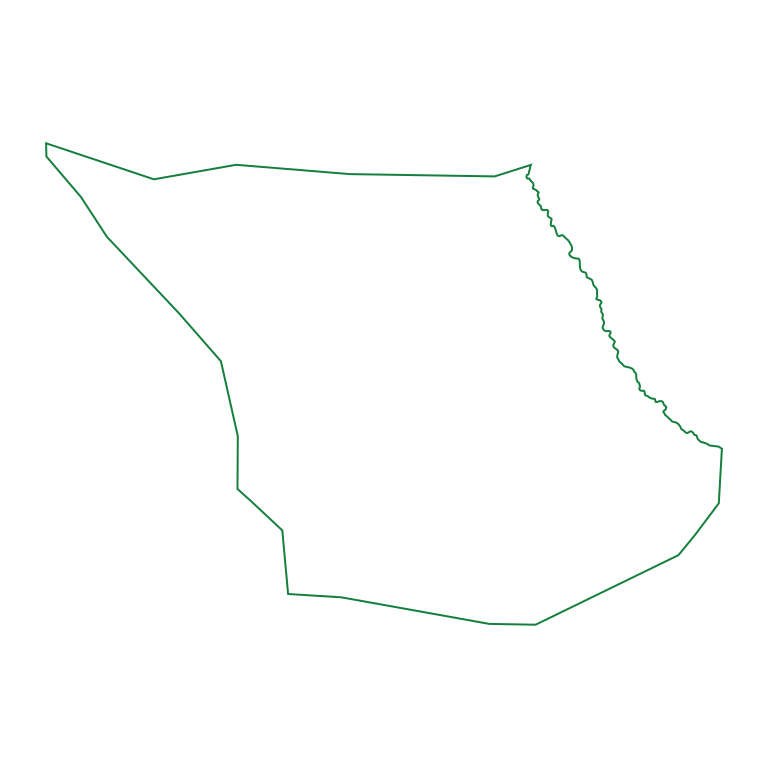 Bayanjargalan, Töv, Mongolia
{"feature_id": "93677404B91267927861385", "entity_name": "Bayanjargalan", "entity_type": "district", "adm_level": 2, "iso_a3": "MNG", "parent_name": "Mongolia", "parent_adm1": "Töv", "projection": "equal_earth", "projection_center": [108.634, 47.077], "detail": "fine", "context": "isolated", "style": "outline", "palette": "green", "viewbox_px": 768, "rotation_deg": 0, "n_neighbors": 0, "source": "geoboundaries", "source_scale": "gbopen_adm2", "svg_char_len": 4130}
<svg xmlns="http://www.w3.org/2000/svg" viewBox="0 0 768 768"><path d="M46.1,143.3L46.4,156.5L81.3,197.4L81.3,197.5L106.9,236.8L179.3,313.6L220.9,361.2L237.8,436.2L237.5,489.0L252.6,502.6L282.3,530.4L288.1,594.0L341.1,597.3L489.3,623.9L535.6,624.7L678.5,555.1L695.2,534.7L718.8,503.3L721.9,448.7L718.5,446.6L716.7,446.3L714.4,446.1L711.6,445.7L709.6,445.5L709.0,445.3L708.3,444.7L707.4,443.9L705.2,443.2L703.4,442.5L701.9,442.2L701.2,442.1L700.7,441.9L699.1,440.3L698.0,439.3L697.5,438.5L697.3,437.7L696.9,436.3L696.6,435.7L696.1,435.3L695.3,435.1L694.5,434.9L693.9,434.3L693.4,433.1L691.6,431.5L691.0,431.3L690.5,431.3L689.9,431.6L688.9,432.1L687.7,432.9L686.8,433.0L685.8,432.6L684.4,431.3L683.3,430.2L682.4,429.7L681.4,429.0L680.7,427.7L680.0,426.2L678.8,424.6L677.5,423.3L676.0,422.5L673.5,421.9L672.0,421.4L671.3,420.7L670.5,419.7L669.7,418.9L668.7,418.3L667.6,417.0L666.1,415.7L665.2,415.0L664.7,413.8L663.8,412.7L663.4,411.7L663.4,411.4L663.5,411.1L663.8,410.9L664.9,410.2L665.7,409.3L666.0,408.2L666.3,407.4L665.8,406.4L665.1,405.7L664.2,405.1L663.8,404.4L662.8,401.9L661.6,401.2L659.7,401.1L658.0,401.7L657.1,402.0L656.0,402.0L655.5,401.4L655.0,399.5L654.9,399.1L653.8,398.7L652.8,398.8L650.2,397.9L649.0,397.2L647.7,396.1L646.8,395.7L645.5,395.4L645.1,394.9L644.9,394.6L644.6,391.8L644.2,391.2L643.9,390.8L643.4,390.8L641.6,390.8L640.2,390.3L639.5,389.5L639.3,388.7L639.6,387.7L640.0,386.8L640.0,386.0L639.7,385.3L639.4,384.5L639.2,383.2L638.6,382.5L637.6,381.9L637.1,381.1L636.9,380.4L636.6,379.1L636.2,378.2L636.4,376.3L636.2,374.8L635.8,373.4L635.1,372.5L633.9,371.2L633.6,370.0L632.3,368.7L630.1,367.7L627.4,367.0L625.2,366.6L623.9,366.0L621.8,363.5L619.9,362.0L619.2,361.2L618.1,358.9L617.3,357.7L617.2,356.0L617.5,354.6L618.0,353.0L618.2,351.3L617.8,350.3L616.9,349.5L615.5,348.7L614.2,347.6L613.6,346.8L613.3,346.0L613.4,344.8L614.0,343.3L614.7,342.2L614.8,341.5L614.5,341.0L613.5,340.0L611.6,338.3L610.1,337.1L609.5,336.3L609.3,335.7L609.7,334.7L610.5,333.2L610.6,332.2L610.1,331.5L609.2,331.0L608.1,331.0L606.6,331.2L605.5,331.0L604.1,330.2L603.1,328.9L602.6,327.7L602.8,326.4L603.4,325.2L603.8,324.3L604.0,323.0L604.0,321.8L603.6,320.8L602.8,319.3L602.3,318.4L602.4,317.6L602.7,316.2L602.9,314.6L602.5,313.5L601.8,312.8L601.2,311.8L601.2,311.0L601.5,309.9L601.4,309.1L600.6,307.7L600.0,306.4L599.8,305.6L600.3,304.4L601.5,302.7L601.1,301.4L600.2,300.5L598.3,299.8L597.1,299.5L596.5,299.2L596.3,298.8L596.8,297.6L597.2,296.3L597.2,295.0L596.9,293.7L597.1,292.2L597.1,290.1L596.6,288.8L595.6,287.5L594.2,286.1L593.5,285.0L593.0,283.4L592.6,281.7L592.1,280.3L591.0,279.3L588.9,278.3L587.4,277.5L586.7,277.1L586.5,276.3L586.5,274.7L586.2,273.3L585.3,272.6L583.8,272.1L582.8,271.9L581.9,271.4L581.0,270.3L580.4,269.2L579.9,266.9L579.9,264.7L579.8,262.1L579.4,259.9L579.1,259.1L578.4,258.7L577.4,258.5L575.9,258.4L574.0,258.0L571.9,257.2L569.9,255.5L569.4,254.7L569.3,253.3L569.8,252.3L571.4,251.0L572.0,250.1L572.1,248.8L571.9,247.1L571.3,245.3L569.3,241.9L567.5,239.6L565.7,238.2L564.1,236.5L563.4,235.8L562.8,235.3L562.2,235.1L561.0,235.4L560.0,235.9L559.1,236.2L558.2,235.9L557.4,235.2L556.4,232.7L555.5,229.4L554.7,227.3L553.9,226.2L553.5,225.8L552.8,225.9L552.0,226.2L551.4,226.0L551.0,225.4L550.7,224.6L551.1,221.5L551.6,219.4L551.4,218.6L550.1,217.8L548.7,216.9L548.0,216.2L547.7,215.1L547.8,213.6L548.0,212.4L548.2,211.4L548.0,210.7L547.4,210.2L546.6,209.9L545.4,210.0L543.9,210.2L542.6,210.0L541.5,209.3L541.1,208.3L541.1,207.0L540.7,205.9L539.8,205.2L538.3,203.7L537.6,202.4L537.6,201.4L538.3,200.4L539.2,199.8L539.3,199.0L538.8,197.9L538.1,196.8L537.7,195.5L537.8,194.2L538.2,193.4L538.6,192.9L538.6,192.5L537.9,191.6L536.7,190.7L535.8,189.9L534.5,189.2L533.3,188.8L532.9,188.4L532.8,187.7L533.1,186.8L533.5,185.7L533.5,184.7L533.2,183.4L532.5,182.5L530.7,180.7L529.9,179.7L529.6,178.8L529.3,178.6L528.5,178.6L527.6,178.6L527.0,178.2L526.5,177.4L526.6,176.5L526.7,175.6L527.0,174.9L527.8,174.7L528.3,174.4L528.5,174.2L528.9,173.0L528.9,172.0L529.7,169.6L530.1,167.6L530.3,166.4L530.9,164.9L494.7,176.4L349.7,174.1L236.1,164.8L153.9,179.3L46.1,143.3Z" fill="none" stroke="#15803d" stroke-width="2"/></svg>